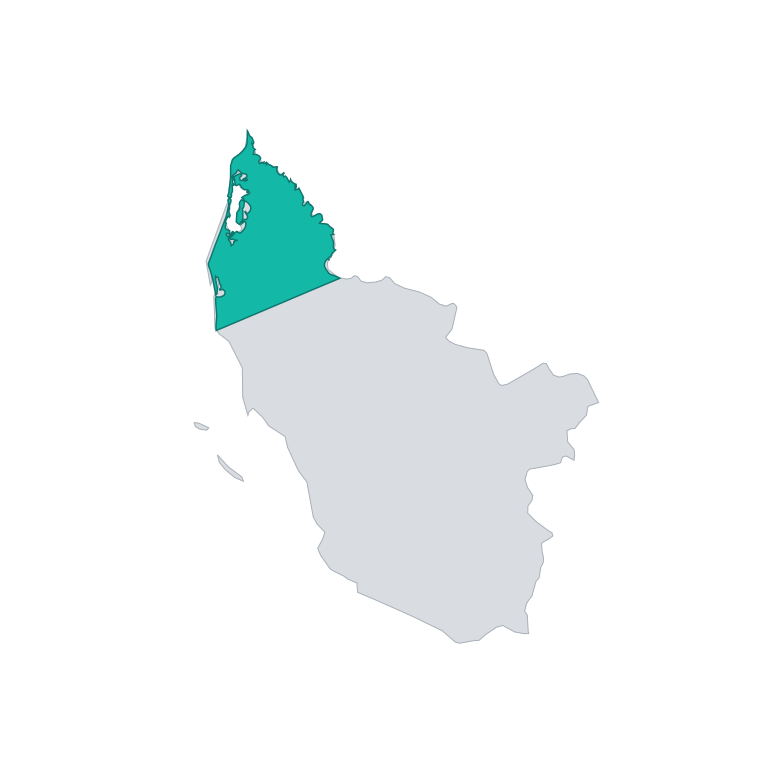 Gracias a Dios on a map of Honduras (Natural Earth projection), rotated 247°
{"feature_id": "HND-640", "entity_name": "Gracias a Dios", "entity_type": "Department", "adm_level": 1, "iso_a3": "HND", "parent_name": "Honduras", "parent_adm1": "", "projection": "natural_earth1", "projection_center": [-83.951, 15.304], "detail": "fine", "context": "in_parent", "style": "filled", "palette": "teal", "viewbox_px": 768, "rotation_deg": 247, "n_neighbors": 0, "source": "natural_earth", "source_scale": "10m", "svg_char_len": 7841}
<svg xmlns="http://www.w3.org/2000/svg" viewBox="0 0 768 768"><g transform="rotate(247 384 384)"><path d="M667.9,357.5L644.2,355.9L633.1,359.3L628.2,366.7L624.0,370.1L620.5,369.3L613.4,372.3L602.7,378.9L593.0,381.4L584.4,379.8L581.9,381.4L581.3,383.6L580.0,385.7L576.6,386.9L572.8,386.3L568.5,383.9L566.2,384.9L566.0,389.3L563.7,390.4L559.3,388.4L554.3,390.0L548.8,395.1L541.1,396.2L531.1,393.3L523.4,387.6L518.0,379.3L511.5,377.3L500.0,383.4L495.2,390.6L494.1,395.0L495.3,399.0L493.2,401.7L487.8,403.0L483.8,407.9L481.0,416.4L480.4,422.9L482.1,427.5L479.4,430.9L472.4,433.0L464.2,440.3L454.7,452.7L445.2,461.4L435.8,466.3L431.3,471.8L431.6,477.8L431.0,479.6L429.2,480.4L426.2,481.2L408.1,468.1L402.9,459.0L398.4,460.4L392.7,465.0L384.6,475.2L376.0,489.2L371.8,490.7L350.4,488.7L339.0,489.9L336.7,491.7L335.6,496.9L336.3,503.7L339.3,528.2L341.0,538.3L339.3,541.4L333.5,541.9L326.0,543.4L321.9,548.0L320.9,552.7L320.5,559.4L318.1,566.3L313.4,571.2L308.8,573.0L283.2,574.3L283.7,562.9L276.3,558.3L272.1,548.9L268.5,542.5L269.7,538.6L269.4,534.1L259.0,530.5L249.2,533.3L243.6,531.5L239.5,529.1L246.6,523.5L247.1,520.1L244.8,517.6L242.5,515.9L243.2,509.6L244.7,502.1L248.8,484.6L247.3,481.5L240.8,476.3L232.6,475.7L223.4,477.4L219.1,474.7L215.3,468.7L208.8,465.8L197.2,470.6L185.0,477.8L181.3,480.5L178.2,480.1L176.9,474.7L176.3,468.3L175.5,466.7L169.1,464.4L161.5,462.8L157.6,461.0L154.0,456.7L145.0,451.0L142.9,446.8L130.9,437.2L128.4,432.5L125.7,429.0L119.9,424.6L115.3,425.6L100.0,420.1L97.7,419.7L99.8,414.8L104.7,407.4L115.3,399.1L116.2,392.4L113.6,379.5L110.9,371.2L112.4,367.5L115.8,352.5L118.3,349.0L133.6,341.4L135.0,340.4L147.1,329.8L160.6,318.0L174.5,305.0L190.1,290.4L198.7,282.0L202.6,278.3L211.5,281.3L218.6,274.4L222.7,272.1L232.2,263.9L235.1,262.1L251.0,258.7L258.7,258.8L265.4,267.1L270.7,271.7L280.7,267.8L289.1,266.9L323.8,274.7L337.6,271.3L363.0,270.5L374.3,272.4L390.5,261.5L400.8,259.3L412.9,254.1L411.3,248.9L408.4,246.5L426.9,248.8L454.4,259.9L483.8,257.9L494.4,251.9L501.2,250.2L531.2,261.6L539.2,270.4L545.3,271.3L550.1,269.3L551.4,267.5L545.5,265.5L542.8,262.8L566.5,268.2L611.1,309.7L612.0,313.1L593.0,300.8L582.9,301.8L580.3,303.8L580.8,310.5L581.8,313.6L586.1,314.0L589.3,312.2L597.2,314.4L602.4,318.8L608.7,325.6L612.5,333.1L616.6,333.2L620.6,328.7L628.2,328.2L633.1,333.2L636.6,332.9L631.7,325.1L620.2,317.4L622.9,317.1L648.4,330.9L655.6,348.3L661.6,352.2L667.9,357.5ZM368.7,208.3L354.0,216.8L349.4,216.6L356.2,210.1L367.1,204.5L376.3,201.8L383.8,203.0L368.7,208.3ZM419.1,199.4L412.1,205.6L410.8,202.8L414.2,197.0L418.4,193.7L422.5,194.1L421.5,196.6L419.1,199.4Z" fill="#d9dde1" stroke="#a8b0b8" stroke-width="1"/><path d="M500.1,383.5L498.6,384.6L498.7,358.8L498.7,349.4L498.8,250.4L503.3,252.1L512.1,256.7L523.2,260.4L528.5,262.4L529.8,263.6L529.2,264.9L528.1,266.9L528.0,268.6L528.0,271.3L530.0,273.4L531.8,273.7L534.0,272.8L534.3,270.7L534.6,269.7L535.5,269.7L536.1,271.1L537.7,272.4L540.0,272.0L542.2,272.3L546.7,272.9L547.5,271.8L549.0,271.1L547.0,270.2L544.7,269.6L537.5,268.2L534.7,266.8L532.4,265.6L531.6,263.9L535.3,264.7L547.9,267.4L556.2,268.4L561.6,268.7L563.5,269.4L568.4,274.2L575.2,280.4L585.1,290.0L594.8,299.4L600.2,304.5L607.2,309.4L608.9,310.6L610.6,311.4L613.8,312.0L614.6,312.5L615.3,313.5L615.3,314.4L614.7,314.9L613.4,315.1L611.8,314.4L608.3,311.3L605.7,310.3L603.9,308.9L603.1,308.4L600.3,308.4L599.1,308.1L598.0,306.9L598.4,306.7L598.8,306.4L599.3,306.2L598.5,304.9L595.5,301.0L594.8,301.0L593.8,301.6L592.6,300.8L591.3,299.5L590.1,298.9L588.2,299.2L587.4,299.8L586.7,300.8L585.4,301.8L584.8,301.3L582.3,300.3L583.5,299.1L584.0,298.5L584.2,297.8L583.7,297.5L582.8,297.3L581.7,297.3L581.0,297.4L580.7,298.6L581.3,300.4L582.4,302.4L583.5,304.0L583.3,304.2L583.2,304.3L582.9,304.8L582.3,304.8L579.5,298.7L578.5,297.4L577.5,297.2L576.3,297.5L574.7,298.1L573.6,298.0L572.1,297.6L571.0,297.4L571.7,299.9L572.3,300.7L573.9,301.4L574.0,302.3L573.7,303.5L573.5,304.8L574.1,304.8L574.4,303.1L576.2,302.1L577.0,299.2L577.9,298.8L578.8,299.4L580.0,303.0L581.5,305.8L582.0,308.2L580.1,309.3L579.1,310.5L579.8,313.2L581.4,316.1L582.9,318.0L585.3,319.4L587.2,320.0L588.1,319.0L587.2,315.8L588.5,316.9L589.6,318.4L590.0,320.0L589.2,321.7L590.5,323.5L592.3,323.9L596.8,323.2L596.8,324.0L595.9,323.9L595.3,324.1L594.3,324.7L594.3,325.4L595.0,327.2L596.1,328.9L597.7,330.1L599.6,330.6L601.2,330.3L603.4,329.7L605.4,328.8L606.8,327.6L605.7,326.4L601.8,324.0L601.1,323.2L600.8,322.5L600.4,322.0L599.6,321.7L598.6,321.7L591.6,318.8L590.4,318.0L588.3,314.5L587.2,313.6L588.1,312.8L589.0,312.2L591.0,311.4L599.2,315.5L600.5,317.7L601.0,318.8L602.3,319.9L603.9,320.6L606.5,321.3L607.6,322.1L608.5,323.3L609.3,324.7L608.7,325.2L607.9,325.9L607.4,326.2L607.4,326.8L608.9,327.2L610.2,326.2L611.2,326.0L611.9,329.2L611.7,333.2L611.9,334.2L612.5,335.0L613.2,335.0L613.7,334.2L613.7,332.8L614.4,332.8L615.2,334.9L616.0,334.4L617.5,331.2L618.9,330.3L620.8,329.7L624.1,329.2L624.5,328.7L624.3,326.2L624.4,325.4L625.1,324.9L625.6,325.0L626.3,325.2L632.3,326.5L633.8,326.2L633.8,326.8L633.3,327.5L633.4,327.9L633.7,328.4L633.8,329.2L633.9,332.4L633.4,334.0L632.3,334.7L631.3,334.2L630.8,332.4L630.4,331.9L629.6,331.5L628.7,331.3L627.9,331.2L627.3,331.7L626.9,332.7L626.3,334.2L625.9,334.8L625.5,335.2L625.1,335.7L625.0,336.8L625.2,337.8L625.8,338.0L626.4,337.7L626.9,337.2L626.4,336.3L626.3,335.6L626.5,334.9L626.9,334.2L627.6,334.2L627.8,336.9L628.4,338.8L629.6,339.5L631.4,338.7L631.8,338.0L632.7,336.5L633.2,335.8L633.9,335.3L638.1,333.6L638.0,333.2L637.6,332.0L637.2,331.4L636.7,330.9L636.2,330.3L635.8,329.2L635.5,327.6L634.8,325.6L633.7,324.4L632.0,325.4L629.2,323.5L627.9,323.2L626.3,324.0L625.7,323.2L625.9,322.8L626.3,321.7L624.8,321.5L620.8,319.9L620.0,319.2L619.0,318.0L617.1,317.3L615.7,316.3L616.2,314.3L617.7,313.5L619.2,314.4L620.5,315.8L621.6,316.5L622.6,316.9L632.5,322.8L644.8,328.1L649.6,332.0L650.7,334.1L652.1,341.0L653.8,345.3L656.2,349.4L659.0,352.0L670.3,357.1L669.1,357.3L666.0,357.1L664.7,357.4L662.3,358.7L658.3,358.6L657.9,358.7L656.8,358.2L656.1,357.6L656.2,357.1L657.2,356.5L653.2,356.0L651.6,356.1L650.2,357.1L649.8,355.7L648.8,355.0L647.6,354.5L646.5,353.4L645.6,355.3L644.2,357.1L642.3,358.4L640.2,358.7L639.3,358.1L638.2,356.2L637.7,355.7L636.5,355.4L635.6,355.5L635.3,356.1L635.9,357.1L635.4,357.8L635.2,358.5L635.2,360.1L634.3,359.2L633.8,359.6L633.7,360.9L633.9,362.3L633.4,362.1L632.1,361.6L632.3,361.9L632.5,362.7L632.7,363.1L631.4,363.5L629.1,365.6L626.8,366.6L626.4,367.7L626.2,369.2L625.8,370.5L625.1,370.5L624.3,369.4L622.6,368.8L620.6,368.7L618.8,368.9L617.1,369.9L616.7,371.1L617.6,374.2L616.9,374.2L616.6,373.2L615.9,372.8L614.9,372.6L613.8,372.7L614.0,374.4L612.0,375.2L606.9,375.6L607.6,376.8L608.0,377.4L608.7,377.9L607.1,377.9L605.2,378.6L603.6,379.6L602.5,380.8L601.9,380.0L601.6,379.7L601.3,379.6L600.6,379.3L601.1,380.3L601.2,380.8L600.0,380.4L598.5,378.6L597.4,377.9L597.0,380.4L596.9,381.4L597.4,382.2L588.3,382.8L586.7,382.6L586.6,381.8L586.1,381.5L584.5,381.5L583.6,381.4L583.2,381.0L583.0,380.5L580.9,379.0L580.2,379.0L579.2,380.0L580.3,382.5L580.9,383.5L581.7,384.4L581.7,385.2L581.1,385.6L580.7,385.6L580.3,385.3L579.5,385.2L578.7,385.4L578.2,385.8L577.8,386.4L577.3,386.7L575.0,387.5L573.7,387.6L572.6,387.1L570.4,384.4L569.7,383.7L568.9,383.2L567.6,382.7L566.4,382.8L565.9,384.1L566.4,389.1L565.9,391.5L564.0,392.6L563.0,392.5L560.8,392.0L559.4,391.8L558.7,391.2L558.0,388.4L557.1,387.4L555.9,389.4L554.7,392.1L553.0,394.5L549.5,395.9L547.2,397.4L546.1,397.7L544.7,397.3L543.8,396.3L542.8,395.7L541.4,396.2L541.7,394.1L542.0,393.3L535.3,393.1L533.3,392.6L529.7,390.9L527.9,390.6L526.2,391.8L524.9,388.1L523.9,386.3L522.0,384.9L522.1,383.4L521.9,382.1L520.0,381.9L520.1,381.7L520.8,380.6L521.1,380.3L519.7,377.8L517.7,376.0L515.3,375.2L512.9,375.3L507.4,376.5L505.9,377.5L501.7,382.1L500.1,383.5Z" fill="#14b8a6" stroke="#0f766e" stroke-width="1.5"/></g></svg>